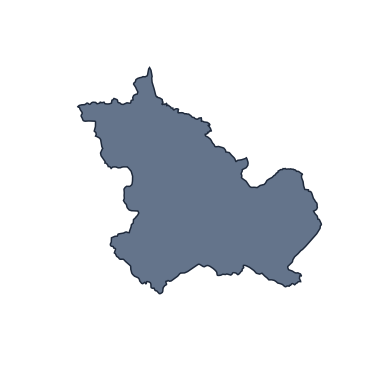 Mdrak District, Đắk Lắk, Vietnam (Robinson projection), rotated 143°
{"feature_id": "81297802B27744921596224", "entity_name": "Mdrak District", "entity_type": "district", "adm_level": 2, "iso_a3": "VNM", "parent_name": "Vietnam", "parent_adm1": "Đắk Lắk", "projection": "robinson", "projection_center": [108.788, 12.703], "detail": "fine", "context": "isolated", "style": "filled", "palette": "slate", "viewbox_px": 384, "rotation_deg": 143, "n_neighbors": 0, "source": "geoboundaries", "source_scale": "gbopen_adm2", "svg_char_len": 6073}
<svg xmlns="http://www.w3.org/2000/svg" viewBox="0 0 384 384"><g transform="rotate(143 192 192)"><path d="M137.9,238.4L140.3,240.8L140.9,242.2L141.9,242.8L141.7,243.3L140.6,244.4L140.0,245.7L141.9,246.8L143.7,246.8L144.4,247.3L145.5,249.1L145.5,250.2L146.8,251.5L147.0,253.9L147.6,255.3L147.7,256.2L149.1,257.3L149.4,257.9L150.8,258.9L151.6,260.7L152.3,261.4L155.3,263.5L155.2,264.3L154.6,264.6L154.4,265.1L153.1,266.1L153.3,266.9L154.5,268.0L155.8,268.4L156.9,268.4L157.3,268.7L157.4,269.5L156.8,270.5L158.1,271.6L157.9,272.8L158.5,274.2L158.5,275.2L158.7,275.5L160.1,276.2L159.2,277.1L159.1,278.1L161.0,278.2L161.3,279.1L162.8,279.5L163.1,280.1L162.9,280.4L161.3,281.0L161.1,281.3L161.3,281.9L160.8,282.3L160.6,283.1L160.1,283.8L161.1,286.4L162.8,288.6L162.5,289.1L163.0,289.9L162.6,291.5L160.2,297.2L157.8,303.7L155.6,307.2L154.3,308.3L151.5,313.9L151.0,316.9L152.5,316.4L157.0,312.3L158.0,311.8L160.1,312.2L161.7,313.6L163.6,314.0L164.6,314.6L167.0,315.4L169.1,315.5L171.0,314.1L172.8,314.0L173.7,313.4L173.8,312.8L174.0,309.5L174.6,307.1L175.0,304.5L176.8,303.2L178.3,303.9L180.5,304.2L182.5,303.1L183.6,301.1L185.5,301.7L187.2,300.2L188.1,300.2L190.3,302.4L194.2,303.3L195.6,304.6L196.0,306.5L197.1,307.8L197.1,308.5L196.3,310.1L196.3,310.9L197.8,313.4L198.1,313.7L199.5,313.2L200.7,313.5L202.8,311.5L204.7,312.0L206.2,312.9L207.9,314.4L208.4,315.1L208.2,316.7L210.2,317.5L211.1,318.9L211.4,319.0L212.2,318.5L214.6,319.5L215.0,320.2L214.9,321.2L215.1,321.6L217.0,323.3L218.3,323.7L220.7,323.4L221.3,323.9L221.7,325.4L222.2,326.1L222.6,326.3L224.4,326.2L225.3,326.5L227.8,328.1L229.9,329.0L231.8,328.9L231.8,328.2L231.0,327.3L231.7,325.1L231.9,321.6L232.5,320.7L234.3,320.0L234.9,319.3L235.3,316.7L235.8,315.3L235.8,314.3L234.8,312.9L231.7,310.9L227.2,307.2L226.8,306.8L226.8,306.1L229.7,302.4L233.4,299.5L233.5,299.0L233.0,298.0L233.0,297.4L233.9,295.5L235.4,294.7L234.5,293.3L233.4,290.7L233.4,288.9L236.7,282.5L237.1,280.5L238.0,280.2L241.6,278.2L242.8,275.7L243.1,268.5L244.1,267.6L243.6,267.2L243.1,265.9L243.1,264.1L243.6,262.7L242.8,262.1L242.3,261.2L242.4,259.5L240.5,259.7L238.9,258.8L237.6,257.7L236.5,255.8L236.0,255.4L234.5,254.4L233.1,254.1L231.4,253.2L228.6,251.0L228.3,249.3L228.1,245.2L229.9,240.4L232.9,236.6L234.9,234.6L236.0,234.0L238.3,233.9L240.8,235.9L242.6,235.9L244.2,235.4L244.7,235.1L246.5,232.2L248.4,230.0L249.9,227.6L251.9,226.4L252.2,223.4L251.9,221.6L253.0,219.1L253.2,218.1L253.0,215.5L251.7,213.6L246.7,209.4L247.0,207.6L247.4,207.1L249.9,206.0L251.5,205.9L252.1,205.5L255.3,205.2L257.6,202.6L260.0,202.4L261.9,200.6L265.2,198.5L266.5,197.3L267.5,198.1L268.6,199.7L269.6,200.1L271.4,200.4L275.6,202.6L276.5,202.8L278.2,201.7L280.2,203.0L283.9,203.9L286.6,200.6L288.6,199.5L289.2,198.4L289.1,197.4L287.8,195.9L288.2,194.2L287.5,193.6L287.3,192.7L287.7,192.1L290.7,190.1L290.3,188.9L290.9,186.0L290.2,184.0L290.2,182.2L289.9,181.6L287.5,179.8L287.1,179.0L286.9,176.6L285.6,170.3L285.7,169.6L287.5,166.9L288.9,163.5L289.0,161.9L288.6,159.4L286.8,156.2L286.5,155.0L286.8,153.4L287.3,152.5L287.2,149.4L286.5,148.4L284.1,148.3L284.0,148.1L284.1,146.5L283.6,146.4L282.3,147.6L282.0,147.6L281.3,147.1L280.2,145.6L279.9,144.5L280.3,143.1L282.0,140.7L282.1,139.9L281.4,138.8L280.2,138.1L280.7,135.8L280.5,135.1L279.7,134.3L279.3,130.5L278.2,129.8L276.1,129.7L275.0,130.4L273.6,132.0L272.4,133.0L270.2,133.6L268.1,133.4L267.7,133.9L267.1,135.8L266.5,136.3L265.0,135.6L264.4,135.7L263.6,134.2L262.1,133.5L254.1,133.4L251.1,134.1L249.9,134.1L246.5,131.8L243.4,131.1L230.5,130.5L229.4,129.6L228.0,125.9L227.4,125.1L227.0,124.8L225.8,124.7L224.1,124.2L223.2,123.3L222.4,121.9L221.1,118.2L220.5,115.0L220.5,113.1L221.8,110.6L221.7,110.0L220.8,109.2L219.0,108.2L216.9,107.8L215.0,106.0L213.5,105.6L211.0,102.3L209.5,102.3L208.2,102.9L207.2,102.5L205.7,100.9L205.2,98.5L204.5,98.2L202.7,98.4L200.6,99.0L199.4,98.9L198.3,100.2L196.3,100.4L195.9,101.6L195.1,102.4L194.3,101.9L193.2,100.7L191.4,97.2L189.8,92.0L189.5,88.4L187.5,85.8L185.0,85.0L184.5,81.1L183.7,77.9L183.5,75.6L181.3,74.0L179.5,71.9L178.8,70.0L178.3,67.7L176.6,65.6L175.4,63.7L175.1,61.8L174.6,60.3L174.1,59.9L172.6,59.7L171.0,58.3L170.3,58.8L169.5,58.2L167.5,58.7L166.7,58.3L165.8,56.1L163.8,56.4L162.9,56.1L161.2,56.4L159.9,55.7L159.2,55.0L158.9,55.4L158.3,58.2L156.9,59.7L156.2,60.1L155.3,59.2L155.0,59.4L154.7,61.3L155.2,61.8L155.8,63.3L156.2,63.8L157.8,64.8L158.6,66.1L159.4,68.4L161.5,71.6L161.6,72.2L160.9,74.2L160.3,74.9L154.6,75.6L153.7,75.9L152.2,77.2L149.0,78.5L144.5,78.9L140.4,79.7L138.3,79.6L134.1,80.2L117.5,83.6L111.6,85.9L109.9,87.7L108.4,88.0L107.9,88.8L107.0,92.9L107.1,93.9L107.8,94.4L106.5,97.4L106.8,100.7L106.4,103.6L104.1,103.1L102.6,103.3L101.1,104.3L100.5,105.7L99.9,106.2L99.2,107.5L99.0,108.1L99.2,110.0L98.9,112.1L98.9,113.8L97.4,118.0L96.9,119.9L97.1,121.1L98.3,122.3L98.4,122.7L97.7,123.7L100.4,126.2L99.1,129.8L97.1,133.3L95.9,137.4L94.6,139.3L94.2,139.5L93.4,139.5L93.2,139.7L93.1,140.2L93.8,141.8L94.4,143.9L94.9,144.8L96.1,145.6L96.1,146.8L96.5,148.0L97.2,148.4L97.5,149.4L98.5,150.0L99.2,151.1L100.2,151.4L100.6,152.0L103.1,153.6L103.4,154.7L104.5,155.1L105.2,155.9L106.2,155.5L107.9,156.6L109.2,156.6L110.6,156.9L111.6,156.0L113.2,156.3L115.4,155.6L116.8,155.8L119.2,155.4L122.5,156.0L125.2,156.1L128.0,154.9L129.8,154.6L133.6,156.2L137.3,156.3L139.4,158.3L141.6,159.8L142.4,160.9L142.6,162.5L142.3,168.1L143.4,171.6L143.8,173.4L143.7,173.9L142.7,174.6L142.1,175.6L141.9,176.8L141.4,177.3L139.1,178.6L138.4,179.6L134.1,178.8L131.4,179.7L129.9,181.2L129.3,182.2L128.1,185.7L128.0,186.6L129.5,186.7L133.2,188.0L136.4,189.8L138.4,189.8L138.6,190.0L137.8,192.9L137.8,194.2L138.3,197.6L138.5,201.0L140.9,203.7L140.3,204.7L140.1,205.4L140.1,207.6L140.6,208.7L143.4,212.4L145.3,213.5L146.2,214.3L146.3,214.7L145.9,216.5L146.1,219.0L145.6,221.6L145.5,223.2L146.3,226.4L147.3,228.2L147.3,229.1L146.7,230.1L146.1,229.7L144.1,229.4L143.8,229.5L143.6,230.2L142.5,229.7L140.7,230.1L140.3,229.2L139.8,229.2L139.0,231.7L138.9,233.6L139.1,235.3L138.7,235.5L137.9,234.7L137.2,235.1L137.1,236.2L137.9,238.4Z" fill="#64748b" stroke="#1e293b" stroke-width="1.5"/></g></svg>